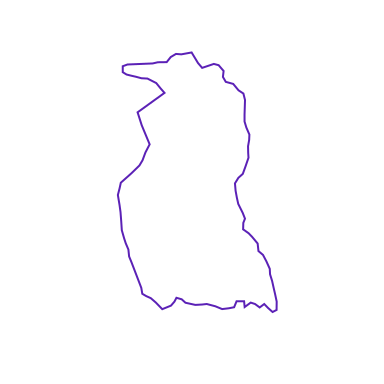 Munhoz de Melo, Paraná, Brazil (Albers equal-area conic projection), rotated 153°
{"feature_id": "56859067B84090518695688", "entity_name": "Munhoz de Melo", "entity_type": "district", "adm_level": 2, "iso_a3": "BRA", "parent_name": "Brazil", "parent_adm1": "Paraná", "projection": "albers", "projection_center": [-51.738, -23.131], "detail": "fine", "context": "isolated", "style": "outline", "palette": "violet", "viewbox_px": 384, "rotation_deg": 153, "n_neighbors": 0, "source": "geoboundaries", "source_scale": "gbopen_adm2", "svg_char_len": 1449}
<svg xmlns="http://www.w3.org/2000/svg" viewBox="0 0 384 384"><g transform="rotate(153 192 192)"><path d="M282.5,123.9L280.1,120.1L276.9,116.1L274.4,109.9L271.7,101.1L262.3,100.3L257.4,102.3L253.9,104.8L249.9,101.1L248.1,96.3L240.3,89.9L234.2,87.2L229.7,85.5L223.1,79.6L218.3,74.0L212.0,71.7L206.8,70.2L201.9,74.4L195.2,71.0L197.3,65.6L189.9,66.8L186.7,63.6L184.1,58.4L178.5,59.4L176.9,54.2L174.7,48.5L170.2,48.5L166.3,55.9L164.4,63.0L162.6,70.2L161.0,76.4L159.8,83.3L157.6,88.2L157.2,96.3L157.3,103.7L159.6,109.2L156.9,116.3L158.8,124.7L160.3,129.6L163.4,135.5L160.3,141.2L156.9,144.2L156.3,150.3L156.2,160.4L154.6,166.6L152.6,173.3L149.8,180.2L144.2,183.6L138.5,185.1L132.6,190.6L126.1,196.9L124.2,201.3L121.3,207.3L117.4,212.5L114.8,217.1L114.3,224.8L113.2,230.9L110.0,237.2L103.0,249.9L101.5,256.4L104.4,261.5L106.2,269.6L111.9,274.8L112.2,280.5L108.9,285.5L110.7,292.9L114.4,296.2L126.6,298.0L128.1,304.2L129.0,316.5L139.0,319.5L143.6,322.3L149.7,321.9L155.6,319.2L163.5,323.1L168.7,324.4L191.6,334.9L196.6,335.5L199.3,330.2L197.0,326.4L193.2,323.1L189.6,320.1L185.4,316.3L180.2,313.3L174.4,305.3L173.0,298.7L171.5,292.8L204.3,287.7L206.5,274.3L208.1,253.7L215.5,248.4L221.7,242.7L226.8,239.5L237.4,236.2L251.2,232.6L254.8,228.2L259.4,223.0L262.5,213.2L264.8,206.6L268.5,197.7L271.9,189.8L273.5,181.6L274.3,176.5L274.8,169.6L277.3,163.1L277.8,157.0L278.5,150.3L280.7,129.6L282.5,123.9Z" fill="none" stroke="#5b21b6" stroke-width="2"/></g></svg>